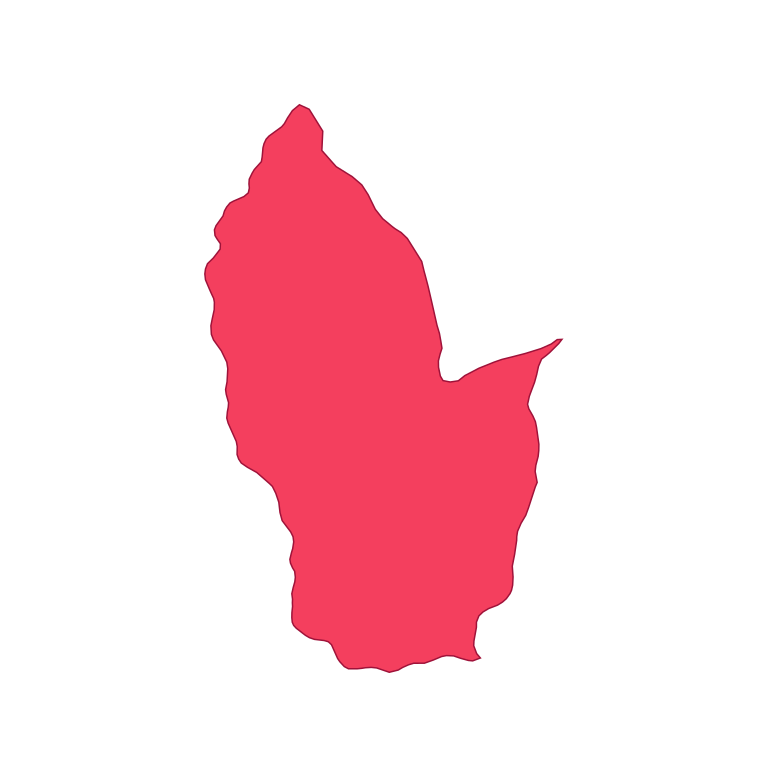 Gosarling, Chirang, Bhutan (Albers equal-area conic projection), rotated 246°
{"feature_id": "84629894B38257689875150", "entity_name": "Gosarling", "entity_type": "district", "adm_level": 2, "iso_a3": "BTN", "parent_name": "Bhutan", "parent_adm1": "Chirang", "projection": "albers", "projection_center": [90.121, 27.029], "detail": "fine", "context": "isolated", "style": "filled", "palette": "rose", "viewbox_px": 768, "rotation_deg": 246, "n_neighbors": 0, "source": "geoboundaries", "source_scale": "gbopen_adm2", "svg_char_len": 2676}
<svg xmlns="http://www.w3.org/2000/svg" viewBox="0 0 768 768"><g transform="rotate(246 384 384)"><path d="M507.7,249.6L499.6,246.5L493.6,246.2L480.5,248.9L467.9,249.3L461.5,247.5L449.8,241.5L443.3,237.0L438.8,235.7L430.1,234.4L426.2,232.3L422.3,229.6L416.8,226.5L411.5,225.7L391.6,225.7L386.6,224.5L379.3,221.1L374.5,220.7L369.8,221.5L363.3,225.5L354.9,231.8L340.0,238.7L335.8,240.4L328.2,240.7L318.7,239.8L313.0,238.0L308.8,236.7L300.6,235.4L286.8,238.6L281.5,238.8L276.5,237.3L270.7,233.6L267.6,230.9L262.1,226.7L258.4,225.7L253.2,225.7L249.2,226.2L243.5,224.4L239.6,222.1L234.9,218.2L229.9,214.5L224.6,212.9L221.4,211.3L218.0,210.0L212.6,206.9L208.1,204.8L203.7,203.3L200.2,203.3L196.6,204.5L189.7,208.2L186.4,210.0L182.6,212.7L179.0,216.6L174.0,225.0L171.2,228.3L167.2,230.0L162.6,230.0L152.0,230.0L148.2,230.7L142.0,232.8L138.3,235.7L134.7,243.8L133.3,248.1L132.4,251.5L130.3,257.1L127.6,261.8L118.5,271.6L116.9,280.6L117.5,285.9L117.5,292.3L116.8,297.6L112.5,307.4L111.8,316.6L111.6,325.8L110.5,330.6L107.3,337.0L102.1,342.6L97.1,348.7L95.0,352.4L94.5,360.6L100.0,359.0L108.4,359.5L112.6,361.6L124.2,369.5L128.9,371.6L133.6,376.4L135.5,381.7L136.3,388.3L135.8,397.8L136.6,403.6L138.1,408.4L141.3,413.9L143.7,416.6L147.9,419.7L155.2,423.4L165.4,427.1L175.2,434.0L187.2,441.6L190.6,443.2L195.1,446.1L201.0,452.5L206.4,460.1L212.2,465.7L228.4,480.3L231.8,483.9L242.6,486.5L247.9,489.6L255.2,495.4L260.2,498.3L266.0,501.0L282.3,505.7L288.1,507.0L294.1,507.0L302.3,506.2L307.1,506.9L310.7,509.6L313.6,511.7L316.3,514.3L324.4,522.3L330.5,527.3L337.3,532.3L342.7,538.1L344.1,543.9L345.3,548.0L349.9,560.1L352.4,564.7L354.1,560.3L352.5,553.0L352.5,541.7L354.4,525.6L356.6,512.4L358.5,501.7L359.2,493.5L359.8,477.1L358.8,461.3L356.7,453.2L358.9,445.3L363.1,439.3L368.3,438.7L377.1,440.6L383.0,443.1L388.3,447.2L393.1,451.5L399.9,453.3L407.6,455.2L416.1,456.3L440.3,461.1L455.3,464.0L466.3,465.8L470.3,466.4L480.6,468.3L507.5,464.5L515.3,461.3L521.1,457.4L524.5,455.5L535.6,450.0L547.1,447.1L563.5,446.5L574.9,444.7L582.1,441.3L586.3,439.3L602.0,428.7L608.9,426.5L622.6,422.2L639.9,430.9L665.4,427.4L673.5,420.3L671.0,411.5L666.3,404.1L662.4,398.9L660.6,395.2L657.3,379.8L655.6,375.9L652.4,372.2L649.0,369.5L645.2,367.4L640.9,365.0L637.0,362.4L632.7,352.8L630.3,349.4L625.9,344.2L621.7,342.0L617.8,340.7L613.8,337.8L612.2,332.3L612.3,320.9L612.0,316.9L609.7,312.3L607.0,308.7L603.0,305.3L597.0,295.0L593.8,291.8L588.3,290.0L584.4,290.5L578.7,291.6L573.9,289.2L572.1,286.0L568.5,279.3L565.7,271.7L561.7,267.7L557.4,265.1L551.8,263.3L541.1,263.1L536.7,263.1L531.4,263.2L527.7,262.3L520.9,259.1L513.1,253.4L507.7,249.6Z" fill="#f43f5e" stroke="#9f1239" stroke-width="1.5"/></g></svg>